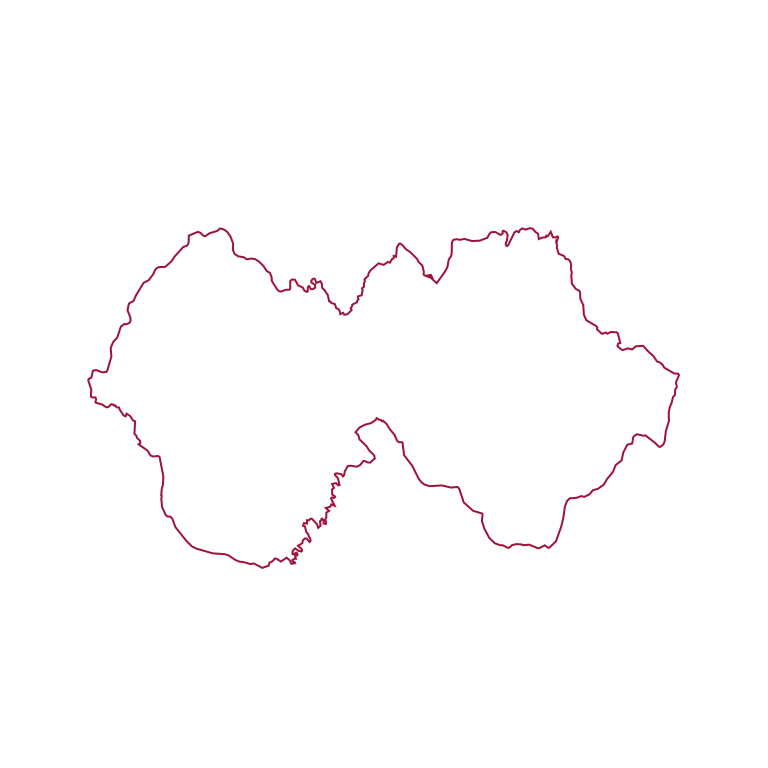 El Peñón, Santander, Colombia (Equal Earth projection), rotated 333°
{"feature_id": "7082276B75718828984625", "entity_name": "El Peñón", "entity_type": "district", "adm_level": 2, "iso_a3": "COL", "parent_name": "Colombia", "parent_adm1": "Santander", "projection": "equal_earth", "projection_center": [-73.929, 6.097], "detail": "fine", "context": "isolated", "style": "outline", "palette": "rose", "viewbox_px": 768, "rotation_deg": 333, "n_neighbors": 0, "source": "geoboundaries", "source_scale": "gbopen_adm2", "svg_char_len": 6154}
<svg xmlns="http://www.w3.org/2000/svg" viewBox="0 0 768 768"><g transform="rotate(333 384 384)"><path d="M122.2,246.3L120.5,256.5L117.2,261.9L117.5,263.2L120.8,265.0L120.5,267.1L118.7,269.0L118.8,269.9L123.5,274.3L126.1,278.8L128.2,279.3L131.9,278.2L133.1,279.2L133.6,280.6L134.6,280.6L135.1,283.3L137.2,284.6L136.9,287.5L137.8,293.9L139.2,295.5L141.2,293.6L143.1,296.9L144.0,302.9L145.3,304.2L139.0,315.1L139.9,317.8L139.4,319.7L140.9,324.0L140.1,326.0L138.0,326.3L143.1,336.1L143.5,341.6L145.2,343.7L150.0,345.6L150.9,347.2L145.4,366.3L141.3,373.4L138.6,376.2L134.9,382.1L135.2,382.9L133.6,384.8L130.4,393.0L130.0,401.5L130.9,403.8L133.2,405.0L134.3,407.4L133.2,416.8L136.7,434.2L139.2,441.6L142.2,445.6L154.5,457.1L165.1,463.5L167.8,466.3L171.6,473.2L174.7,476.8L177.8,478.7L183.2,483.8L186.6,484.8L192.1,492.6L198.7,493.5L201.0,491.2L204.3,491.3L207.4,489.9L208.9,490.8L211.5,495.4L218.3,494.5L220.0,498.3L219.7,502.0L223.1,503.3L223.6,502.7L222.2,500.5L222.2,499.4L224.6,498.9L226.1,499.7L226.9,496.1L228.6,497.4L229.6,496.7L229.6,494.7L225.4,494.2L226.0,492.3L227.4,491.0L230.2,490.1L232.1,493.8L234.4,495.8L235.3,495.3L235.7,493.9L233.9,489.1L238.9,488.8L240.8,486.4L243.4,485.7L244.9,486.6L245.9,491.0L247.5,490.3L248.2,487.8L247.7,485.6L248.4,483.5L247.5,480.9L248.9,474.9L247.5,473.6L249.6,471.6L252.0,473.4L253.6,470.4L255.0,471.4L257.1,470.7L258.5,471.2L260.7,478.7L260.1,482.3L263.2,481.4L264.6,477.2L266.0,477.2L267.0,475.8L267.8,475.8L268.3,478.6L266.7,480.7L268.6,482.3L269.7,480.8L270.1,478.0L271.9,476.9L274.2,472.5L277.5,472.1L275.8,468.1L280.4,468.9L282.3,467.3L284.7,470.1L284.9,461.9L286.2,461.5L287.6,462.8L289.1,462.6L289.1,461.4L287.7,459.1L289.8,454.3L292.2,453.9L292.4,449.5L296.2,450.5L297.3,453.6L298.5,453.8L300.2,447.3L299.0,442.7L299.6,441.8L301.3,442.1L305.2,445.1L305.5,447.7L307.1,447.1L309.4,444.1L314.5,440.6L317.2,441.7L322.3,445.4L326.1,445.3L330.6,443.3L331.6,443.5L334.0,446.6L336.0,447.8L342.0,446.2L342.9,443.1L340.7,436.9L340.1,431.0L337.0,422.2L337.9,418.0L336.7,414.0L342.5,411.6L348.9,411.7L354.8,413.0L360.4,412.2L361.9,411.1L363.3,413.4L365.2,414.9L365.4,416.5L366.6,416.5L368.2,421.0L368.6,426.6L370.3,434.1L369.9,440.6L370.9,442.7L373.3,443.8L373.9,444.8L369.6,456.3L372.0,469.7L371.9,484.1L372.8,488.8L374.6,492.1L378.2,495.7L389.6,500.7L396.7,506.7L402.7,509.1L403.5,511.4L401.3,525.7L405.8,537.4L412.5,543.8L412.7,544.8L409.0,550.6L407.8,558.2L407.9,568.6L410.4,576.2L414.4,580.5L416.4,581.4L420.1,586.3L421.5,586.7L425.0,585.7L429.4,586.8L433.9,589.5L434.4,590.6L440.5,593.1L446.4,600.0L448.0,600.8L454.0,600.7L456.1,604.7L457.5,604.8L465.8,602.2L477.0,591.7L482.9,584.8L489.2,575.8L494.0,571.3L497.6,570.2L503.8,572.8L508.8,573.4L511.3,575.5L517.0,575.6L521.8,573.5L527.0,574.5L534.2,573.4L539.5,570.0L548.2,566.2L553.6,561.4L560.9,560.0L566.4,553.4L573.2,548.6L578.2,549.7L581.6,544.9L583.2,543.9L586.6,543.6L591.7,547.9L593.6,548.4L598.8,559.6L600.4,564.5L601.2,565.4L605.3,564.8L608.1,562.4L613.7,554.0L621.1,546.3L624.5,539.0L628.5,533.9L631.2,532.0L635.5,526.9L638.2,525.8L640.9,521.2L643.6,519.6L644.8,515.2L650.8,510.1L650.8,508.4L647.4,506.4L641.1,496.6L641.0,493.2L639.3,489.7L637.5,487.8L636.7,481.3L634.1,474.7L632.2,467.6L625.3,464.7L620.9,465.9L617.3,462.9L612.3,462.2L611.0,460.9L609.2,456.2L610.9,454.3L613.2,454.7L615.2,445.5L615.0,443.7L609.6,440.6L606.0,440.7L605.1,438.9L601.0,438.3L598.6,431.9L599.7,430.4L599.5,429.0L593.3,419.1L593.5,413.2L597.4,404.1L597.6,397.3L600.4,391.1L600.2,389.4L598.1,386.4L596.9,380.1L600.0,372.7L602.0,369.7L602.8,366.2L604.6,363.4L605.7,359.4L604.9,356.6L602.5,355.1L602.6,351.8L598.7,347.2L599.9,340.9L601.3,338.8L601.8,335.6L602.7,334.4L603.1,335.2L605.9,332.2L605.3,331.2L603.6,331.4L601.1,330.0L601.7,324.1L597.1,326.7L596.0,325.5L594.9,326.7L591.4,325.4L587.7,325.1L589.5,320.0L588.0,317.4L587.0,313.1L584.5,311.3L580.3,310.7L577.7,308.1L575.2,308.4L573.0,310.0L571.6,307.9L569.1,308.1L557.5,316.8L556.1,316.8L555.7,316.0L556.0,314.5L558.9,311.6L562.0,307.1L561.8,304.2L560.0,301.6L559.0,301.8L558.1,303.8L555.6,304.1L552.2,299.2L548.6,297.4L546.2,298.0L542.4,300.6L534.6,299.8L527.5,296.7L521.7,291.3L517.1,290.0L514.5,288.0L511.9,287.2L510.5,287.3L508.5,289.1L504.0,297.7L501.8,300.6L498.2,302.5L493.6,308.6L488.7,311.9L476.7,318.1L474.1,310.8L472.6,309.0L474.5,309.6L474.7,309.0L474.8,311.5L475.3,311.6L475.3,308.1L471.5,306.9L471.4,307.8L469.3,305.4L469.0,304.4L470.5,302.0L471.9,295.9L470.3,291.2L470.2,287.4L467.3,278.4L464.8,274.0L463.6,269.1L462.3,266.3L461.1,265.9L457.6,268.1L452.5,276.1L450.8,274.2L449.8,276.3L447.5,276.5L444.3,278.6L442.9,277.0L437.8,277.7L433.9,274.0L423.4,276.7L420.7,278.2L418.9,280.5L414.3,281.7L413.4,284.1L411.9,285.0L410.3,288.2L407.8,288.8L407.5,290.7L404.4,294.8L400.8,294.1L400.0,295.1L399.7,297.1L398.2,297.4L397.2,298.9L391.7,298.9L390.7,300.4L388.7,301.4L388.8,303.4L383.1,305.2L380.1,304.3L379.8,301.9L376.8,301.9L377.6,299.2L377.4,296.7L375.9,294.6L376.5,290.5L373.9,288.0L373.6,286.2L372.7,285.6L374.3,279.2L373.6,273.4L372.6,270.4L374.1,266.5L374.0,263.6L369.6,263.2L370.1,259.3L369.5,258.2L367.9,258.1L365.7,259.4L365.4,260.6L367.6,264.5L366.4,266.9L364.0,267.3L361.8,266.2L361.9,263.0L361.2,262.6L359.8,263.5L358.1,266.8L357.2,267.0L355.5,264.8L355.4,261.1L352.2,257.1L352.0,250.6L349.4,249.1L347.2,249.7L343.5,256.8L342.7,257.1L339.6,255.6L334.1,254.8L332.6,253.6L331.7,251.0L330.8,241.4L332.4,237.6L332.8,233.1L330.9,230.4L330.2,224.3L328.3,218.4L325.9,214.3L322.9,212.1L318.2,210.5L316.6,207.4L312.0,204.0L309.9,200.2L310.2,196.3L313.3,190.3L314.2,183.1L313.5,177.8L312.1,174.7L309.9,171.9L308.1,171.0L304.7,171.9L297.2,170.5L291.6,171.1L290.2,169.5L289.1,166.0L287.2,163.9L277.5,163.2L273.8,169.8L271.3,171.3L267.2,170.8L255.6,175.3L250.3,178.2L242.3,180.3L236.3,177.6L234.6,177.6L232.2,178.2L228.0,181.5L221.5,184.7L215.7,184.7L203.3,192.4L198.5,196.3L193.7,196.4L192.1,197.8L188.9,202.0L188.2,209.7L187.1,212.3L185.3,213.9L181.2,213.8L180.0,212.6L175.6,213.4L167.5,221.4L161.9,223.6L159.6,225.4L156.8,227.9L153.6,235.7L143.9,246.1L142.2,247.2L139.9,246.4L138.1,245.6L133.9,240.9L130.7,240.0L126.1,245.5L123.3,245.4L122.2,246.3Z" fill="none" stroke="#9f1239" stroke-width="2"/></g></svg>